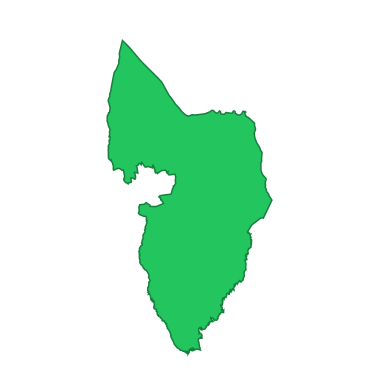 outline of Moshi, Kilimanjaro, United Republic of Tanzania, rotated 352°
{"feature_id": "72390352B4446234130359", "entity_name": "Moshi", "entity_type": "district", "adm_level": 2, "iso_a3": "TZA", "parent_name": "United Republic of Tanzania", "parent_adm1": "Kilimanjaro", "projection": "equal_earth", "projection_center": [37.376, -3.37], "detail": "fine", "context": "isolated", "style": "filled", "palette": "green", "viewbox_px": 384, "rotation_deg": 352, "n_neighbors": 0, "source": "geoboundaries", "source_scale": "gbopen_adm2", "svg_char_len": 6149}
<svg xmlns="http://www.w3.org/2000/svg" viewBox="0 0 384 384"><g transform="rotate(352 192 192)"><path d="M136.9,269.9L138.3,274.1L136.6,275.3L136.7,276.2L136.0,278.9L135.5,280.3L134.9,280.5L134.4,283.5L135.3,284.6L134.4,285.2L135.4,286.5L134.7,287.3L135.6,287.3L136.1,288.0L136.3,289.0L136.4,293.3L137.1,293.8L137.2,292.2L137.5,292.1L137.8,294.3L138.7,294.1L138.6,294.7L137.8,295.2L139.4,295.8L138.9,297.6L139.1,299.0L138.5,299.7L138.8,300.5L138.1,300.8L138.0,301.3L138.6,302.6L140.4,303.3L140.0,305.2L140.9,306.0L140.6,307.9L140.8,309.1L141.6,309.3L141.6,310.4L143.1,311.2L143.2,312.1L144.9,314.1L144.5,315.2L145.0,315.6L146.4,315.7L146.8,317.2L147.6,317.6L147.6,319.0L148.5,319.1L148.2,321.5L149.0,322.8L148.6,323.8L149.8,325.0L150.0,326.3L150.6,327.3L151.1,329.9L151.0,332.7L153.0,338.5L153.3,340.4L155.7,344.1L157.8,345.9L158.4,347.1L159.7,347.3L161.3,348.6L162.0,348.5L164.5,351.0L164.1,349.3L164.9,349.8L165.2,349.3L165.9,350.3L165.7,351.7L167.0,350.1L167.2,347.9L169.3,346.8L170.1,347.1L171.1,346.6L171.8,347.2L170.8,347.9L168.4,348.1L168.4,348.6L170.7,349.3L174.8,348.1L178.4,349.6L178.1,348.1L178.3,347.3L177.7,345.9L178.0,345.0L177.7,343.2L178.0,342.4L177.5,340.3L177.8,338.5L179.7,337.9L181.5,338.2L181.6,337.5L180.6,337.0L181.8,336.0L181.9,334.9L180.9,333.1L178.6,333.4L179.8,332.7L179.7,331.3L179.3,331.0L179.5,328.5L180.6,327.5L180.9,328.2L181.5,327.7L181.5,328.9L181.9,328.6L181.7,329.3L182.3,329.8L182.5,328.2L183.3,329.6L185.9,329.4L187.3,327.8L187.7,326.6L189.8,326.1L189.6,323.7L190.7,325.7L190.7,323.7L191.1,323.4L191.1,324.3L191.4,324.1L191.7,322.7L194.5,323.2L195.1,323.8L192.9,320.1L193.0,319.5L193.4,320.3L193.5,320.1L193.2,319.2L193.6,319.6L194.8,319.5L196.2,322.4L197.4,322.0L198.6,322.4L200.1,320.9L199.9,319.7L200.7,319.2L202.2,316.5L203.1,316.6L203.1,316.0L203.9,315.3L206.5,315.8L206.9,313.5L206.1,314.2L205.9,313.1L205.4,314.1L204.6,312.6L205.8,310.8L205.2,309.4L204.7,309.2L204.6,308.3L205.1,307.5L205.8,308.5L206.2,308.1L207.1,305.6L206.6,304.2L206.9,303.7L207.4,304.2L207.6,303.9L207.2,302.7L207.5,301.7L208.0,301.3L208.9,302.5L209.1,301.5L209.9,300.8L210.8,301.3L211.8,299.6L212.2,297.5L213.6,297.4L214.0,298.3L214.6,298.4L215.3,295.9L216.3,296.4L216.0,294.9L216.3,293.9L216.7,294.3L216.8,295.1L217.5,295.6L218.5,293.6L219.9,294.9L219.7,293.3L220.3,292.6L220.7,290.4L221.3,291.2L221.7,290.9L221.7,289.5L222.3,289.4L222.3,288.7L223.8,288.6L224.0,289.4L224.6,288.5L225.0,288.4L225.1,287.7L226.8,286.3L227.1,286.6L227.0,287.6L228.0,288.0L229.7,286.5L230.3,286.4L231.0,284.2L232.1,282.5L232.2,279.9L232.7,277.9L234.8,276.3L234.5,274.9L235.5,270.5L234.9,266.8L236.8,266.7L237.0,265.8L236.3,264.8L237.1,263.6L236.7,263.2L236.3,263.5L236.1,262.6L236.7,262.3L236.8,261.4L237.8,261.8L238.0,261.1L238.5,261.3L239.1,260.8L239.1,260.2L238.8,260.1L239.4,257.2L240.2,256.5L240.2,255.9L240.7,256.1L242.8,254.7L242.7,254.0L243.7,251.6L243.5,251.0L243.7,250.4L243.2,250.8L243.2,250.4L244.2,248.7L243.9,248.2L244.2,247.5L243.7,247.4L243.5,246.7L243.6,245.8L244.2,245.2L243.6,244.3L243.8,242.3L244.3,241.9L243.1,241.7L243.1,240.7L242.2,240.7L242.1,239.7L241.5,239.8L241.3,239.3L246.7,232.9L256.5,227.3L257.1,227.2L259.0,227.8L270.0,211.2L267.9,206.7L267.5,204.6L266.1,202.3L265.7,198.8L265.1,197.6L265.8,195.6L265.6,193.5L267.3,189.3L264.2,184.4L263.3,180.6L264.2,173.0L265.3,171.2L265.5,168.5L266.9,162.7L265.5,159.6L265.4,157.9L262.9,152.1L261.8,147.4L261.7,142.5L263.7,138.8L263.2,135.0L263.5,132.5L258.5,126.4L256.0,124.6L255.2,121.3L255.3,120.8L256.3,120.5L256.2,119.9L253.6,119.2L252.0,121.5L249.9,122.5L248.1,122.0L246.0,120.3L245.8,118.3L245.0,117.6L244.3,117.5L242.9,119.5L241.1,119.3L236.7,118.0L234.9,119.5L232.9,119.2L231.5,118.7L231.4,116.4L230.6,115.5L228.5,117.3L227.6,117.3L226.2,116.6L224.5,114.3L223.1,113.8L220.8,115.1L215.8,116.4L205.6,116.2L203.1,115.5L198.8,116.4L196.1,114.6L192.6,110.2L191.1,107.4L187.7,102.5L185.3,97.5L182.7,93.0L177.3,79.0L174.1,74.3L160.3,56.2L149.9,39.8L144.2,32.3L139.3,44.6L139.0,49.0L138.0,51.0L137.4,54.6L133.8,60.6L132.5,61.6L131.3,63.6L126.7,77.0L125.7,80.7L124.1,83.6L123.9,85.7L121.8,89.4L121.8,91.6L122.2,92.7L122.6,97.7L121.3,101.8L120.4,101.9L120.2,103.3L119.1,104.1L118.6,105.3L117.8,110.4L118.2,111.1L118.5,115.0L119.5,118.4L119.4,119.4L118.7,120.7L118.4,123.7L117.6,125.5L117.6,125.9L118.4,125.7L118.7,126.7L117.5,129.7L117.1,129.5L116.9,133.0L115.8,134.1L115.4,135.4L115.7,136.6L115.2,136.9L114.0,146.7L114.4,147.9L115.7,149.4L116.4,148.9L116.6,150.8L117.4,152.1L117.3,153.4L117.8,154.9L117.2,158.5L117.5,159.5L121.5,158.3L123.8,158.7L125.6,160.7L127.0,160.5L127.5,166.3L127.0,168.5L126.2,169.5L126.2,171.0L127.7,173.5L128.9,174.0L129.9,175.1L130.5,174.2L133.1,174.0L133.5,173.2L133.3,171.4L133.5,169.6L135.9,170.1L136.9,171.4L137.5,171.3L138.2,169.9L138.1,166.4L137.7,164.7L139.0,164.8L141.0,165.8L141.0,160.3L140.6,158.2L142.9,157.7L143.1,156.5L143.7,156.2L144.4,156.5L145.4,157.9L146.3,155.8L149.2,160.9L152.3,160.7L156.3,162.7L156.5,161.1L156.9,160.0L157.3,160.0L157.5,161.9L158.1,162.6L158.0,164.9L158.7,165.3L158.2,166.5L158.5,168.0L160.0,167.7L160.3,168.9L165.0,166.5L168.4,166.7L169.3,167.1L169.6,169.1L171.1,168.6L170.4,170.2L171.6,171.9L177.5,172.0L178.0,174.6L177.0,178.8L177.0,181.3L175.6,183.0L174.3,183.6L174.4,184.3L173.2,186.1L171.0,191.2L161.3,191.1L159.2,191.5L158.6,192.0L158.8,192.9L159.8,193.2L160.0,195.3L160.6,195.5L160.4,196.0L161.4,197.1L162.2,199.4L154.7,201.4L149.6,200.7L148.4,200.4L148.6,199.3L145.1,196.1L143.2,197.5L138.5,197.3L137.3,199.7L137.2,202.6L136.9,203.3L137.2,204.1L136.1,205.1L136.1,205.7L136.9,207.0L141.0,209.4L143.0,209.7L143.3,211.9L142.9,212.6L143.6,214.1L142.7,214.5L143.1,216.2L142.2,217.5L142.0,218.5L140.7,220.2L141.0,221.9L139.8,222.5L140.1,224.0L139.8,225.1L137.5,227.8L137.3,230.9L136.1,232.5L135.8,233.9L134.9,235.7L135.6,236.9L134.9,237.8L134.0,238.1L132.1,240.5L132.1,242.2L131.3,243.1L131.1,244.1L131.6,244.6L131.1,246.2L131.5,246.5L131.0,247.2L131.5,247.9L130.6,249.1L131.0,250.4L130.6,251.1L131.1,251.9L130.5,254.5L131.4,257.0L132.2,257.5L133.2,259.8L133.2,260.5L133.8,260.9L134.2,262.1L135.7,263.1L137.1,265.9L137.9,268.8L137.1,270.1L136.9,269.9Z" fill="#22c55e" stroke="#15803d" stroke-width="1.5"/></g></svg>